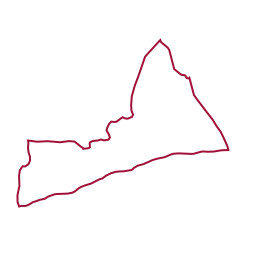 Ras Al Ain, Hasaka (Al Haksa), Syria, rotated 187°
{"feature_id": "27442178B16567144851356", "entity_name": "Ras Al Ain", "entity_type": "district", "adm_level": 2, "iso_a3": "SYR", "parent_name": "Syria", "parent_adm1": "Hasaka (Al Haksa)", "projection": "albers", "projection_center": [39.989, 36.654], "detail": "fine", "context": "isolated", "style": "outline", "palette": "rose", "viewbox_px": 256, "rotation_deg": 187, "n_neighbors": 0, "source": "geoboundaries", "source_scale": "gbopen_adm2", "svg_char_len": 3021}
<svg xmlns="http://www.w3.org/2000/svg" viewBox="0 0 256 256"><g transform="rotate(187 128 128)"><path d="M225.7,103.4L225.6,103.1L225.0,100.5L224.9,96.3L223.8,92.0L221.7,87.2L221.3,83.7L221.9,81.6L222.5,79.9L225.3,77.3L227.9,77.2L229.2,74.8L230.2,72.8L230.3,67.3L229.2,60.4L228.7,57.2L229.0,54.1L229.5,47.6L228.8,42.7L228.6,41.0L228.2,40.3L226.5,36.8L226.1,37.0L224.6,37.6L224.2,37.7L221.0,38.0L218.9,38.7L216.2,40.5L215.8,40.8L214.2,42.1L213.7,42.6L209.0,44.8L207.3,45.8L203.1,47.2L202.1,47.6L198.9,50.2L193.1,53.1L190.9,53.8L186.2,54.5L179.6,55.6L176.4,56.7L175.8,56.8L173.0,58.6L172.8,58.8L171.5,60.1L170.1,61.6L169.3,62.4L167.5,63.7L166.2,64.4L165.7,64.7L164.9,65.2L164.2,65.5L162.7,66.2L160.2,67.3L159.1,67.8L158.0,68.3L157.9,68.3L152.9,71.7L150.3,73.5L147.3,74.8L146.7,75.4L143.8,78.2L142.9,78.7L141.2,79.8L141.0,80.0L140.4,80.3L139.0,81.3L138.5,81.4L134.9,83.0L134.6,83.1L133.9,83.3L133.1,83.4L131.0,83.9L126.9,84.5L124.3,85.3L121.5,86.1L119.5,86.7L118.6,87.4L118.4,87.6L117.3,89.1L116.4,89.8L115.3,90.6L113.9,91.7L111.3,92.8L110.1,93.3L108.7,93.9L108.3,94.0L108.1,94.1L106.9,94.9L105.6,95.7L105.3,95.8L103.9,96.6L99.7,99.2L96.9,100.4L94.2,101.5L88.0,103.5L85.9,104.8L84.5,105.6L83.8,106.0L82.4,106.8L81.3,107.4L80.1,107.9L78.5,108.2L77.1,108.5L76.1,108.7L74.6,109.0L61.0,110.1L60.2,110.3L59.2,110.6L56.3,111.8L53.9,112.8L53.0,113.2L52.7,113.3L51.6,113.7L50.0,113.9L46.6,114.1L45.4,114.2L43.6,114.5L43.0,114.6L41.1,114.9L40.6,114.9L35.2,116.5L32.4,117.3L29.3,117.8L26.1,118.3L25.7,118.4L27.1,122.0L32.0,130.1L35.4,135.3L40.6,141.0L45.1,146.7L52.3,153.9L56.2,157.9L62.0,163.8L66.6,168.8L73.2,185.4L73.3,185.3L73.3,185.2L73.5,185.1L73.7,184.9L73.8,184.9L74.0,184.8L74.1,184.7L74.3,184.7L74.5,184.6L74.8,184.6L75.0,184.6L75.3,184.7L75.5,184.8L75.8,184.9L75.9,185.0L76.0,185.0L76.2,185.3L76.3,185.3L76.4,185.5L76.5,185.6L76.6,185.8L76.6,186.0L76.8,186.1L76.9,186.3L77.0,186.4L77.0,186.5L77.3,186.7L77.4,186.8L77.5,186.9L77.6,187.0L77.8,187.0L78.0,187.1L78.3,187.3L78.5,187.3L78.8,187.4L79.0,187.4L79.3,187.4L79.5,187.4L79.8,187.4L80.0,187.3L80.3,187.3L80.3,187.2L80.5,187.2L80.7,187.3L80.8,187.3L81.0,187.3L81.4,187.4L81.5,187.4L81.6,187.5L81.8,187.5L82.0,187.6L82.3,187.7L82.4,187.8L82.5,187.8L88.5,191.6L89.1,192.0L89.3,192.1L96.5,210.3L98.4,212.6L103.9,216.1L105.9,217.5L106.7,219.2L107.8,217.7L108.5,216.7L117.0,204.8L117.5,204.1L119.7,200.9L124.4,179.0L124.9,177.1L126.0,172.6L126.6,169.9L127.8,161.8L128.1,159.4L128.0,157.6L127.6,150.4L126.7,145.7L124.6,141.9L125.4,139.5L129.5,137.2L132.4,137.2L134.7,138.0L135.2,137.6L137.1,135.8L139.7,133.3L140.2,132.8L142.5,132.3L145.4,132.3L146.6,130.6L147.1,130.0L148.8,125.3L149.0,123.1L146.0,118.9L144.8,116.4L145.9,114.1L150.2,112.8L153.2,113.3L156.1,112.1L156.7,111.8L157.8,111.6L161.2,110.9L163.8,109.3L164.2,108.0L163.6,105.5L163.5,104.1L164.0,103.6L166.0,102.8L166.4,102.7L166.7,102.6L170.0,101.9L170.4,102.7L173.6,104.4L177.1,106.6L179.4,108.0L185.0,107.8L193.5,105.6L206.2,105.1L216.6,103.3L225.7,103.4Z" fill="none" stroke="#9f1239" stroke-width="2"/></g></svg>